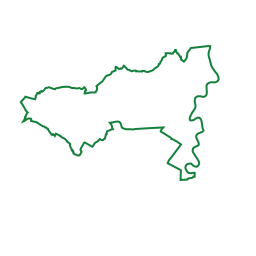 outline of Sangeorgiu De Mures, Mures, Romania, rotated 166°
{"feature_id": "2599482B98895625146940", "entity_name": "Sangeorgiu De Mures", "entity_type": "district", "adm_level": 2, "iso_a3": "ROU", "parent_name": "Romania", "parent_adm1": "Mures", "projection": "albers", "projection_center": [24.638, 46.59], "detail": "fine", "context": "isolated", "style": "outline", "palette": "green", "viewbox_px": 256, "rotation_deg": 166, "n_neighbors": 0, "source": "geoboundaries", "source_scale": "gbopen_adm2", "svg_char_len": 5815}
<svg xmlns="http://www.w3.org/2000/svg" viewBox="0 0 256 256"><g transform="rotate(166 128 128)"><path d="M225.7,179.1L224.6,175.8L223.3,171.5L223.0,170.1L222.6,169.2L221.6,167.3L222.3,167.1L222.6,166.8L222.7,166.4L225.5,163.2L225.4,162.9L225.0,162.9L225.2,162.5L228.0,159.8L226.3,160.1L224.8,160.7L222.8,161.2L221.1,161.1L219.9,160.4L219.8,160.1L219.9,159.4L220.0,158.7L220.3,158.2L219.6,157.9L215.4,155.8L215.3,155.5L214.2,154.6L213.5,153.7L210.3,150.3L209.1,149.8L208.8,149.5L208.2,148.5L207.6,148.5L206.8,147.5L206.3,146.5L205.9,146.5L205.9,145.9L205.6,144.9L203.9,140.1L203.3,139.6L203.1,139.6L202.5,140.2L202.2,140.2L201.9,140.0L201.5,139.0L200.9,137.9L200.6,138.2L200.4,138.5L199.4,139.9L197.4,138.4L195.5,136.5L195.6,136.4L194.0,134.5L192.7,133.6L191.3,131.9L190.6,130.4L190.5,129.7L190.0,128.9L188.7,127.6L188.1,126.7L188.0,126.3L188.4,125.8L188.6,125.3L188.5,124.3L188.3,122.5L188.1,121.7L187.9,121.2L187.5,120.7L187.8,120.4L187.9,120.2L187.8,119.6L187.5,119.2L187.0,119.1L186.9,119.0L186.7,118.2L186.8,117.4L187.1,117.2L186.9,116.9L187.0,116.7L186.9,116.2L186.1,115.7L185.5,115.0L184.6,114.5L183.5,113.5L183.0,113.3L181.5,113.3L181.2,113.7L180.7,114.0L179.9,115.0L179.2,115.7L178.8,116.1L179.4,118.3L178.8,119.4L176.8,121.6L174.2,124.2L173.5,124.5L167.8,119.0L167.2,118.5L166.0,119.2L165.2,120.1L163.7,121.5L161.3,122.2L159.2,123.2L157.9,124.1L156.5,122.7L155.5,122.3L154.8,122.5L154.1,123.0L153.3,123.1L153.0,123.3L152.6,123.9L151.2,126.8L151.0,127.0L150.4,127.0L150.1,127.2L150.0,128.2L149.8,128.8L149.2,129.7L147.8,130.1L147.0,130.1L144.4,130.6L142.9,130.5L143.3,132.1L143.2,134.1L143.4,135.6L144.3,137.5L141.6,137.1L140.0,137.2L136.9,136.9L136.2,136.7L134.9,135.9L134.4,135.2L133.9,133.2L133.9,130.3L133.6,129.6L132.4,128.6L129.6,127.0L128.0,126.8L126.4,126.3L125.5,126.1L123.6,125.4L120.9,125.2L107.3,122.7L93.7,120.0L95.3,118.9L96.7,117.4L97.1,116.7L89.2,108.6L88.4,107.6L88.6,106.9L88.1,106.8L85.6,104.7L85.3,104.2L84.4,103.6L80.5,99.2L93.8,88.5L95.6,87.2L97.6,85.0L98.0,84.2L86.9,74.3L89.5,64.9L88.6,64.7L82.8,63.6L82.5,63.9L82.4,64.2L82.0,64.3L80.6,64.4L77.7,64.1L76.9,64.4L76.5,64.8L76.4,65.0L75.2,64.6L74.3,67.5L74.2,68.4L75.2,68.7L77.4,68.9L78.3,69.1L78.7,69.4L79.5,69.6L80.2,70.0L80.9,70.8L81.3,72.0L81.7,73.3L82.0,75.1L81.8,76.0L81.3,76.9L80.7,77.7L79.5,78.5L78.2,78.7L76.9,78.6L76.0,78.4L75.3,78.0L74.9,77.5L74.3,76.4L73.8,75.7L72.5,74.6L71.2,73.9L70.3,73.8L69.7,74.1L68.4,75.1L67.9,75.8L67.5,76.6L67.4,77.4L67.4,78.4L68.5,82.2L69.8,86.0L70.6,88.1L70.8,89.1L70.8,90.0L70.7,90.7L69.9,92.3L69.2,92.9L68.1,93.4L64.2,94.0L63.8,94.3L63.4,94.7L63.2,95.4L63.1,96.2L63.1,96.9L63.8,100.7L64.0,102.4L63.9,103.4L63.6,104.0L63.0,104.8L62.0,105.4L61.0,105.7L57.0,106.3L56.3,106.5L55.5,107.1L55.3,107.5L55.3,108.2L55.6,109.4L55.6,110.1L55.0,117.4L55.1,118.6L55.6,119.6L56.2,120.5L57.0,121.0L58.1,121.2L59.9,120.8L61.7,120.0L63.2,119.8L64.9,120.0L65.8,120.5L66.0,121.0L66.0,121.7L65.7,122.7L65.1,123.8L62.1,127.3L58.5,130.5L57.7,131.7L57.3,132.8L57.0,133.8L56.8,137.6L56.5,139.0L56.1,140.0L55.4,140.9L54.5,141.5L53.1,141.9L51.6,141.7L49.9,141.2L47.9,140.1L47.0,139.9L45.8,140.1L44.7,140.5L43.9,141.3L43.3,142.3L42.8,143.8L42.5,145.8L41.8,149.1L41.5,150.2L41.0,150.9L40.2,151.6L39.2,152.0L37.2,152.4L35.5,152.1L32.9,151.3L31.5,151.3L29.7,151.8L28.5,152.8L28.2,153.6L28.1,154.6L28.0,156.0L28.5,158.8L30.1,162.1L31.5,165.9L32.1,168.5L32.1,174.4L32.3,177.3L32.1,179.6L31.7,181.2L31.0,182.5L29.7,184.5L28.9,186.2L28.4,187.5L30.3,188.1L47.7,190.4L52.0,186.7L52.4,186.3L52.5,185.9L53.5,183.1L54.0,182.1L54.8,181.0L55.5,180.4L57.7,178.9L59.5,181.0L59.4,181.0L59.7,181.4L59.7,182.9L59.6,183.6L59.4,184.1L59.7,184.4L59.7,184.5L59.9,184.5L60.0,184.2L60.4,184.5L60.5,185.6L61.1,186.8L61.2,188.0L62.1,188.3L62.7,190.7L62.7,192.2L63.3,192.4L63.6,192.2L63.8,191.7L64.3,190.8L65.3,190.6L65.6,190.3L66.0,190.1L66.2,189.6L66.3,189.5L66.9,189.7L67.6,189.5L68.1,189.5L68.7,190.0L68.9,190.3L69.8,190.5L73.3,191.5L73.5,190.6L73.5,189.8L74.1,188.5L74.8,188.6L75.3,188.4L76.5,187.9L77.4,187.9L78.0,187.2L78.3,186.5L79.0,185.5L80.7,184.0L81.3,182.8L81.9,182.5L82.6,182.6L83.0,181.7L83.8,180.7L85.5,180.0L87.8,179.3L88.5,178.7L90.0,178.0L91.6,177.8L92.1,177.9L92.5,177.6L94.0,177.7L94.4,177.6L94.6,177.5L95.1,177.4L96.4,178.0L97.9,178.9L98.8,179.6L99.4,179.7L100.2,179.9L100.3,179.6L100.5,179.4L101.1,179.7L102.7,179.9L105.5,180.8L105.7,181.0L106.3,181.0L106.2,181.5L106.7,181.9L107.2,181.9L108.4,182.3L110.3,182.1L110.6,182.3L111.0,182.4L111.8,183.0L112.5,183.9L113.4,184.4L113.8,184.4L114.6,185.1L114.7,185.6L115.3,186.9L117.0,189.5L117.2,189.4L117.4,189.2L117.4,188.8L118.1,188.3L120.0,187.1L120.4,187.0L120.9,187.6L122.1,187.4L122.5,187.5L122.9,187.7L123.1,188.0L123.3,188.5L123.8,189.3L124.2,189.5L124.8,190.2L125.1,190.3L125.3,190.0L125.7,188.9L126.1,186.8L127.6,186.6L128.4,186.4L129.7,186.4L131.6,184.5L132.9,184.0L135.2,184.0L136.2,183.8L136.9,183.5L137.8,182.8L141.8,179.2L143.9,178.5L147.5,176.8L148.4,176.3L148.5,176.2L148.2,175.7L148.2,174.9L148.2,174.6L148.5,173.8L149.1,172.4L149.4,171.8L149.8,171.5L150.6,171.1L150.8,170.5L152.5,170.7L155.9,171.6L158.4,171.6L160.9,171.8L161.7,172.0L161.3,172.7L161.1,173.6L160.8,174.2L159.9,174.3L159.6,174.8L159.7,176.1L159.8,176.4L159.9,176.9L160.5,178.1L162.7,177.0L163.6,176.9L163.9,177.1L165.1,178.3L165.6,178.6L167.5,178.6L168.2,178.8L171.1,180.0L172.5,180.3L173.0,180.5L174.7,181.8L175.6,182.3L176.7,182.6L180.5,183.5L182.7,183.7L187.1,183.8L188.4,183.9L188.9,183.7L189.3,183.3L191.6,184.4L194.4,186.4L195.4,186.7L196.4,186.5L198.2,186.7L200.7,184.8L201.9,184.4L202.8,184.0L203.0,184.3L203.1,184.7L204.2,184.5L204.8,184.3L205.6,183.9L205.1,183.5L205.4,182.9L206.8,183.3L207.5,183.9L209.1,182.0L209.9,181.3L210.0,181.0L209.9,180.3L211.2,178.4L215.2,180.4L220.0,183.2L220.6,182.5L221.1,182.1L222.2,181.5L225.7,179.1Z" fill="none" stroke="#15803d" stroke-width="2"/></g></svg>